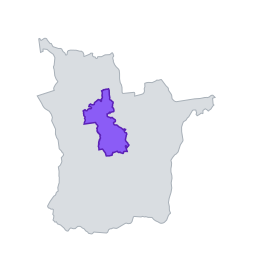 Kasaï-Oriental on a map of Democratic Republic of the Congo (Robinson projection), rotated 172°
{"feature_id": "COD-1896", "entity_name": "Kasaï-Oriental", "entity_type": "Province", "adm_level": 1, "iso_a3": "COD", "parent_name": "Democratic Republic of the Congo", "parent_adm1": "", "projection": "robinson", "projection_center": [23.978, -4.842], "detail": "fine", "context": "in_parent", "style": "filled", "palette": "violet", "viewbox_px": 256, "rotation_deg": 172, "n_neighbors": 0, "source": "natural_earth", "source_scale": "10m", "svg_char_len": 8968}
<svg xmlns="http://www.w3.org/2000/svg" viewBox="0 0 256 256"><g transform="rotate(172 128 128)"><path d="M213.4,172.4L195.8,175.5L196.1,176.7L196.0,177.8L195.5,178.8L193.7,181.2L191.1,183.5L191.1,184.0L192.4,186.6L193.2,190.0L193.0,196.1L193.3,197.8L193.3,199.0L192.4,200.5L190.6,207.8L191.7,211.3L195.2,214.7L197.2,217.1L200.6,218.0L201.2,217.9L201.4,215.8L204.1,215.0L204.0,228.1L203.8,228.9L203.3,229.0L202.7,228.6L202.5,227.4L201.8,226.8L198.4,228.4L197.6,228.4L196.7,228.1L196.0,227.4L195.8,226.5L193.5,222.6L192.3,222.4L191.0,219.0L185.8,216.4L183.8,216.2L182.7,215.5L181.7,212.8L180.0,211.0L179.6,209.1L179.2,208.8L178.2,209.2L177.2,212.3L176.1,213.0L173.9,213.1L168.5,212.2L164.7,210.6L163.7,210.7L162.1,209.3L161.5,207.0L161.8,205.2L161.6,204.9L155.7,206.4L154.3,207.3L152.9,207.1L152.5,206.6L153.1,205.4L152.8,204.0L152.4,203.4L150.7,202.9L150.1,201.4L149.1,201.2L148.7,201.4L148.4,202.4L147.8,202.8L144.3,202.3L140.6,203.6L135.8,203.2L133.4,204.7L133.1,204.7L132.6,203.9L132.1,201.4L132.4,200.8L133.1,200.3L133.4,199.3L133.1,196.7L133.3,196.1L133.0,194.6L132.3,192.3L131.3,190.4L129.1,187.5L128.7,186.1L128.8,182.9L129.5,177.8L129.4,174.0L128.5,171.5L128.3,168.9L128.9,164.1L128.3,162.9L117.2,162.5L116.7,162.2L116.5,161.5L117.0,158.7L110.2,159.4L108.2,159.9L107.0,161.1L106.5,162.5L106.5,164.6L105.5,166.6L105.2,169.9L103.3,170.3L101.4,170.3L97.8,169.6L94.3,170.6L92.6,171.5L91.7,171.0L88.5,171.4L88.1,171.1L84.5,164.5L82.8,162.3L82.5,161.2L82.7,160.2L82.2,158.8L80.5,155.4L80.2,153.8L80.3,151.4L80.1,150.5L78.5,148.4L77.5,147.7L76.4,147.3L58.2,147.6L52.2,147.2L47.8,147.5L45.6,147.3L45.0,147.0L43.0,147.5L41.9,148.3L40.4,148.8L39.4,148.6L37.5,146.2L40.1,145.7L40.4,139.6L39.7,138.8L41.1,137.8L43.3,135.2L45.4,134.2L45.7,133.7L46.2,133.7L47.0,134.8L48.8,136.3L51.2,135.0L51.4,134.7L51.7,132.1L52.3,131.9L53.3,132.5L53.8,132.5L54.8,131.7L57.8,130.5L58.7,132.1L57.9,133.5L58.2,134.6L58.3,136.2L58.8,136.5L61.1,136.7L61.8,136.3L66.4,130.5L67.6,129.9L69.6,127.6L72.2,126.5L73.3,124.7L74.8,121.5L75.4,116.8L75.2,108.7L75.4,107.6L78.5,104.0L81.7,97.4L83.8,95.6L85.5,94.9L88.0,92.5L90.0,90.1L89.7,87.2L90.2,84.7L91.2,81.6L91.6,78.4L91.2,74.9L91.4,72.1L92.9,67.6L93.0,62.5L94.4,58.2L97.0,52.7L98.3,48.6L98.0,44.6L98.4,41.6L98.3,39.8L97.8,38.3L98.0,37.4L99.0,37.0L100.3,35.5L102.5,31.5L105.0,29.6L106.6,29.0L108.4,29.0L109.5,29.4L111.4,30.9L113.5,32.2L115.1,33.7L116.7,36.1L120.5,36.7L122.1,37.5L123.1,37.8L123.4,37.6L124.2,37.7L126.0,38.5L127.4,38.1L134.4,39.6L135.2,38.9L137.1,34.7L138.6,33.3L141.0,33.2L142.8,34.0L143.8,34.0L152.4,30.4L153.5,30.2L156.6,31.1L158.7,30.5L159.5,30.7L161.2,30.1L162.7,27.6L163.9,27.0L176.2,29.7L178.1,28.3L179.0,28.2L181.7,29.2L182.5,30.7L184.2,32.0L185.4,34.2L187.2,35.4L188.1,36.5L189.2,37.3L191.4,37.6L194.3,35.7L196.3,35.9L198.3,36.9L199.0,36.9L200.5,35.7L201.3,34.5L202.1,34.3L203.3,34.8L204.3,35.9L205.1,37.6L208.2,41.3L211.2,42.9L212.0,45.1L213.0,44.9L213.6,45.1L214.4,46.6L214.9,46.9L215.0,47.5L214.3,48.8L213.6,51.4L214.5,53.0L213.7,55.3L213.3,57.7L214.3,58.3L215.5,58.3L216.7,59.5L217.6,59.7L218.5,61.1L218.3,62.2L215.4,66.1L211.0,70.8L209.5,71.4L208.7,72.3L208.2,73.7L206.9,74.9L205.9,75.3L205.8,78.8L204.3,82.4L203.8,83.1L202.9,88.9L203.1,89.9L202.3,94.7L202.4,99.1L200.3,100.5L198.8,102.7L198.1,104.2L198.2,107.8L195.7,110.0L195.5,110.5L196.1,113.0L197.0,113.5L197.0,114.3L199.0,117.0L198.9,125.4L199.0,126.3L200.0,128.3L200.7,132.1L199.9,136.9L202.6,145.8L201.4,149.0L202.0,152.2L203.5,155.4L207.3,158.6L208.3,159.9L209.2,161.7L210.1,164.5L213.4,172.4Z" fill="#d9dde1" stroke="#a8b0b8" stroke-width="1"/><path d="M150.2,103.0L153.4,103.4L153.5,103.7L153.8,105.8L153.9,106.5L154.1,106.9L154.9,108.2L155.8,110.1L156.1,110.5L156.3,110.7L159.8,110.5L159.7,111.5L159.6,112.0L159.7,112.4L159.7,113.1L159.9,113.8L159.9,114.0L159.5,115.1L159.5,115.5L159.2,116.0L159.1,116.3L159.1,116.9L159.2,117.1L159.1,117.3L158.9,117.1L158.9,117.3L159.0,117.5L159.0,117.9L158.9,118.1L158.7,118.6L158.6,118.8L158.5,119.2L158.4,119.3L158.1,119.3L157.9,119.4L158.0,120.3L157.9,120.4L157.7,120.4L157.6,120.5L157.4,120.9L157.3,121.2L157.2,121.3L156.9,121.3L156.8,121.6L157.0,121.9L157.0,122.0L156.8,122.3L156.7,122.3L156.7,122.7L156.9,123.5L156.9,123.9L156.7,124.2L156.5,124.6L156.3,124.7L156.4,125.1L156.5,125.2L156.6,125.4L157.0,125.5L157.0,125.8L157.3,126.3L157.4,126.2L157.6,126.6L157.9,126.9L157.9,127.3L158.2,127.7L158.4,127.5L158.5,127.6L158.6,127.8L158.7,128.2L158.8,128.4L158.8,128.6L158.7,128.8L159.0,129.0L158.9,129.3L158.8,129.5L158.9,129.8L159.0,130.0L158.8,130.5L158.6,131.4L158.7,131.5L159.0,132.0L158.9,132.2L158.5,132.5L158.2,133.1L158.0,133.3L157.8,133.4L157.7,133.6L157.5,134.1L157.6,134.5L157.8,134.8L157.9,135.3L158.3,135.6L158.5,135.8L158.7,136.2L158.9,136.4L159.0,136.9L159.4,137.9L159.6,137.9L159.9,138.0L170.9,138.0L170.7,138.5L170.3,139.8L169.5,141.0L169.3,141.5L169.2,142.1L169.2,142.5L169.6,143.2L169.7,143.4L169.6,143.7L169.2,144.2L169.1,144.5L169.0,144.9L169.0,145.1L169.2,145.3L169.8,146.0L170.0,146.6L169.9,148.0L170.0,149.0L169.9,149.2L169.7,149.7L169.7,149.8L169.7,150.1L170.0,150.7L170.0,151.1L169.9,151.3L169.8,151.5L169.5,151.6L169.0,151.5L168.8,151.6L168.6,151.7L168.3,152.0L168.1,152.1L167.9,152.0L167.9,151.9L167.8,151.4L167.6,151.2L166.8,150.9L166.3,150.8L166.1,151.0L165.0,152.1L164.8,152.1L164.4,152.2L163.8,152.6L163.5,152.6L162.6,152.3L162.0,152.3L161.9,152.4L161.5,152.7L161.3,153.1L161.6,153.6L162.3,154.4L162.4,154.5L162.6,154.6L163.6,154.5L163.8,154.7L163.8,154.9L163.4,155.1L163.3,155.3L163.3,155.5L163.1,156.3L162.0,156.9L161.7,157.0L161.6,156.9L160.9,156.3L160.2,156.0L159.5,155.9L159.1,155.9L158.5,155.9L158.2,156.1L158.0,156.4L158.0,156.7L158.0,157.0L157.9,157.3L156.6,158.5L156.3,158.6L155.7,158.8L155.0,159.4L154.9,159.5L154.4,159.5L154.2,159.6L153.9,160.1L153.7,160.3L153.3,160.3L152.9,160.1L151.7,159.5L151.6,159.3L151.6,158.9L151.5,158.6L151.4,158.4L151.2,158.2L150.9,158.3L150.8,158.2L150.7,158.3L150.8,158.4L150.8,158.8L150.6,158.8L150.5,159.0L150.8,159.3L150.7,159.4L150.7,159.5L150.8,159.5L150.8,159.8L150.7,160.0L150.1,160.3L149.9,160.4L149.9,160.6L149.7,160.6L149.5,161.3L149.2,161.5L149.1,161.8L149.1,162.5L149.0,162.9L149.0,163.0L149.3,163.2L149.4,163.4L149.3,163.6L149.2,163.7L149.0,164.7L149.0,164.9L148.9,165.0L148.7,165.2L148.7,165.3L148.7,165.6L148.6,167.4L148.7,167.6L148.9,168.0L149.0,168.3L148.9,168.4L148.9,168.5L148.2,168.5L147.7,168.7L147.5,169.1L147.2,169.3L147.1,169.2L146.8,169.0L146.3,169.3L146.2,169.3L145.3,169.3L145.0,169.3L144.6,169.5L144.4,169.5L144.0,169.5L143.5,169.3L143.1,169.3L142.7,169.2L142.5,169.3L142.3,169.5L142.0,169.6L141.8,169.5L141.7,169.3L141.6,168.6L141.4,168.1L141.7,165.0L141.9,163.6L141.9,163.0L141.8,162.2L141.9,161.6L141.7,161.0L141.8,160.6L142.2,159.3L142.2,159.1L142.1,158.8L141.8,158.4L141.5,158.2L141.1,157.9L140.7,157.7L140.5,157.4L140.1,156.6L139.9,156.4L139.4,156.1L139.2,155.8L139.2,155.3L139.2,154.9L139.9,153.7L140.1,153.2L140.1,152.9L140.2,152.0L140.5,151.4L140.7,151.1L140.7,150.9L140.6,150.5L140.1,150.1L139.9,149.9L139.7,149.5L139.6,149.1L139.5,148.6L139.5,147.1L139.7,146.5L139.9,146.3L140.0,146.2L140.3,146.2L141.2,146.2L142.5,146.0L142.8,145.9L143.4,145.6L143.5,145.5L143.5,146.0L143.9,146.2L144.2,146.1L144.4,145.9L144.7,145.5L144.9,145.4L145.5,145.1L146.2,144.7L146.7,144.7L146.8,144.7L146.9,142.6L146.8,142.3L146.4,142.0L146.0,141.8L145.2,141.3L144.3,141.0L144.2,140.9L143.9,140.4L143.6,140.3L142.6,140.7L142.4,140.7L142.1,140.6L141.4,139.6L140.4,138.7L139.6,138.0L139.5,137.7L139.4,137.0L139.5,136.6L139.7,136.2L139.9,136.0L141.2,135.6L141.4,135.4L141.6,135.2L141.6,134.7L141.4,133.5L141.2,133.2L140.7,132.9L140.1,132.8L139.4,132.6L138.7,132.6L137.7,131.5L136.8,130.4L136.3,130.0L135.1,129.3L134.4,128.7L134.2,128.4L133.9,128.1L133.3,127.2L133.2,127.1L132.4,127.3L132.2,127.5L131.8,127.6L131.6,127.5L131.5,127.4L131.4,127.3L131.3,127.2L131.2,127.0L130.6,126.9L130.6,126.7L131.0,126.3L131.3,126.2L131.8,126.3L132.1,126.2L132.2,125.7L131.8,124.3L131.6,124.0L131.4,123.8L130.6,123.6L130.4,123.5L130.2,123.2L130.1,122.7L130.1,121.9L130.2,121.7L130.6,121.2L130.8,120.9L131.0,120.0L131.4,119.1L132.2,116.7L132.1,115.9L132.0,115.6L131.9,115.3L130.7,113.5L130.5,113.3L130.3,113.0L130.2,112.5L130.1,111.8L129.9,111.5L129.4,111.0L129.6,110.8L130.1,110.1L130.8,109.7L131.1,109.4L131.4,108.9L131.7,108.7L132.0,108.8L132.1,109.0L132.2,109.4L132.1,110.1L132.1,110.3L132.3,110.6L132.6,110.8L132.8,110.7L133.0,110.6L133.1,110.4L133.1,110.0L132.5,107.6L132.4,106.5L132.3,106.1L132.0,105.1L132.0,104.9L133.0,105.1L133.5,105.2L135.1,105.3L135.2,105.2L135.5,105.0L136.1,103.8L136.3,103.6L136.5,103.7L136.9,103.6L137.6,104.1L138.1,104.2L138.6,104.5L139.0,104.7L139.3,105.3L139.9,105.0L140.0,105.0L140.5,105.0L140.8,105.1L141.1,105.3L141.4,105.7L141.8,106.4L141.9,106.5L142.0,106.5L142.4,106.4L145.0,105.8L145.5,105.8L146.2,105.9L146.4,105.9L146.5,105.7L146.5,105.3L146.5,105.2L147.1,104.7L147.3,104.4L147.3,103.6L147.6,103.3L148.0,103.2L149.2,103.2L149.5,103.1L150.2,103.0Z" fill="#8b5cf6" stroke="#5b21b6" stroke-width="1.5"/></g></svg>